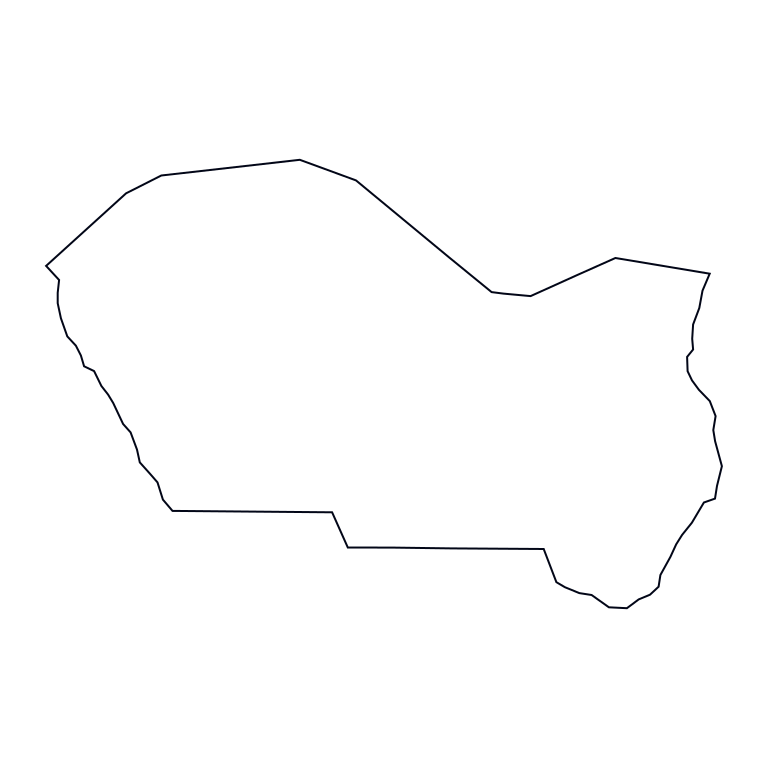 Diamante do Norte, Paraná, Brazil (orthographic projection)
{"feature_id": "56859067B42644323100321", "entity_name": "Diamante do Norte", "entity_type": "district", "adm_level": 2, "iso_a3": "BRA", "parent_name": "Brazil", "parent_adm1": "Paraná", "projection": "orthographic", "projection_center": [-52.879, -22.637], "detail": "fine", "context": "isolated", "style": "outline", "palette": "ink", "viewbox_px": 768, "rotation_deg": 0, "n_neighbors": 0, "source": "geoboundaries", "source_scale": "gbopen_adm2", "svg_char_len": 956}
<svg xmlns="http://www.w3.org/2000/svg" viewBox="0 0 768 768"><path d="M46.1,265.9L59.1,280.0L57.7,292.8L57.7,303.2L60.9,318.2L67.3,336.4L75.9,345.7L80.9,355.5L84.1,366.3L94.1,371.1L101.4,386.0L108.1,394.6L113.2,403.0L123.1,424.0L130.6,432.4L137.0,449.6L139.8,462.4L150.2,474.0L157.5,482.4L162.9,499.6L172.5,510.9L332.1,512.3L347.8,547.5L393.1,547.6L451.9,548.4L543.7,549.0L556.4,582.2L564.9,587.2L579.3,593.1L591.6,595.0L608.9,607.3L626.9,608.2L638.7,599.4L650.0,594.7L658.6,586.7L660.4,575.0L670.4,556.9L676.2,544.3L682.1,534.9L691.9,522.7L703.9,502.5L715.0,498.6L717.0,485.9L721.9,466.2L715.1,441.2L713.3,430.1L715.6,416.1L709.8,401.1L698.9,389.8L692.0,380.4L687.6,371.2L687.1,356.9L693.1,349.5L692.2,338.8L693.1,324.5L699.3,308.0L702.5,290.7L709.7,273.7L615.4,258.0L576.2,275.5L530.6,296.1L503.4,293.6L491.6,292.1L449.1,257.4L356.0,180.4L299.8,159.8L290.2,160.9L161.3,175.5L126.1,193.3L46.1,265.9Z" fill="none" stroke="#020617" stroke-width="2"/></svg>